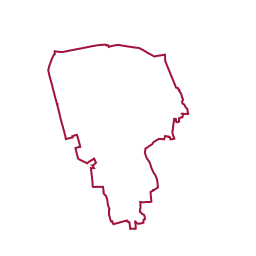 Vladaia, Mehedinti, Romania, rotated 70°
{"feature_id": "2599482B98574489737850", "entity_name": "Vladaia", "entity_type": "district", "adm_level": 2, "iso_a3": "ROU", "parent_name": "Romania", "parent_adm1": "Mehedinti", "projection": "robinson", "projection_center": [23.037, 44.369], "detail": "fine", "context": "isolated", "style": "outline", "palette": "rose", "viewbox_px": 256, "rotation_deg": 70, "n_neighbors": 0, "source": "geoboundaries", "source_scale": "gbopen_adm2", "svg_char_len": 5684}
<svg xmlns="http://www.w3.org/2000/svg" viewBox="0 0 256 256"><g transform="rotate(70 128 128)"><path d="M213.4,174.6L213.5,173.1L213.8,170.3L214.0,166.2L214.2,164.4L214.6,160.6L215.6,160.7L215.8,160.0L216.0,159.8L216.2,159.6L216.7,159.6L216.8,159.1L217.0,158.9L217.7,158.9L220.1,159.6L223.6,160.4L223.7,159.5L224.2,158.0L224.4,157.4L224.6,157.0L225.2,156.2L225.2,155.9L225.2,155.7L225.1,155.1L224.1,154.7L220.3,153.7L218.7,153.4L218.4,153.4L218.3,153.2L219.5,152.6L220.5,152.2L220.8,151.9L221.2,151.5L221.4,151.3L221.5,151.0L221.6,150.4L221.8,149.9L222.0,149.3L222.0,148.4L222.3,145.9L221.1,145.5L219.5,144.7L219.6,143.4L218.8,143.1L217.4,142.7L216.1,142.6L215.3,142.6L214.6,143.0L213.9,144.0L213.4,144.2L212.3,144.6L211.4,144.9L211.1,145.1L211.0,145.4L210.4,145.3L209.5,145.0L208.6,144.6L208.0,143.9L207.5,143.6L206.1,143.1L205.7,143.1L205.1,142.9L204.4,142.5L204.0,142.3L203.0,142.0L201.8,141.9L202.5,140.2L202.8,139.9L203.4,137.9L203.5,137.0L204.3,134.7L204.8,133.5L205.1,132.7L205.4,131.6L205.7,131.4L206.0,131.4L204.7,131.1L201.8,130.3L198.6,129.5L196.0,128.8L195.6,127.4L195.4,126.4L196.2,126.4L194.8,125.8L194.8,125.7L195.2,125.3L195.2,125.1L195.1,124.9L195.0,124.2L194.5,122.0L194.3,121.2L194.1,120.2L193.4,120.1L190.3,119.2L189.0,118.8L185.9,118.4L184.5,118.3L182.7,118.4L181.7,118.4L181.3,118.5L179.7,119.1L177.7,119.3L174.8,119.6L172.4,119.6L168.4,119.4L167.5,119.5L167.1,119.6L165.2,120.0L164.2,120.3L163.7,120.5L162.8,120.7L162.1,120.8L160.4,120.7L156.9,120.6L154.9,119.4L153.5,118.8L153.2,118.5L153.1,118.0L153.0,117.2L152.2,113.8L151.5,110.8L151.1,110.2L150.5,109.6L150.3,109.3L150.0,108.8L149.8,108.4L149.7,107.0L149.3,105.8L149.2,105.3L149.1,104.1L148.8,103.0L148.9,102.6L149.0,102.0L149.9,100.4L150.6,98.7L151.0,98.0L150.0,97.3L149.1,96.3L148.4,95.9L148.2,95.8L148.4,95.4L149.4,93.9L149.6,93.7L149.9,92.8L150.4,92.9L150.8,91.8L153.3,91.9L153.9,88.1L150.7,88.1L149.4,88.1L148.8,88.1L147.0,87.6L146.5,87.4L145.3,86.8L145.3,86.7L142.5,85.3L135.6,81.7L135.2,81.5L135.5,80.7L135.6,80.3L135.6,80.1L135.9,79.9L136.1,79.9L136.5,80.1L137.0,80.2L137.5,80.4L137.8,80.5L139.0,80.5L139.2,80.3L139.3,80.2L139.3,79.8L139.5,78.6L139.5,78.0L139.4,77.7L138.8,77.7L138.3,77.6L137.0,76.7L136.3,76.6L136.4,75.6L136.4,75.2L136.2,74.9L136.3,73.8L136.5,73.7L136.5,73.4L136.4,73.3L136.3,73.2L136.0,72.8L135.8,72.7L135.5,72.4L134.4,72.0L133.3,72.1L133.1,72.2L133.2,71.6L133.4,71.3L133.7,71.2L133.8,71.1L134.0,70.8L134.1,70.5L134.3,69.3L134.5,68.6L134.7,68.1L135.3,67.3L135.5,67.0L135.8,66.8L136.1,66.7L132.5,66.2L131.0,65.8L130.6,65.8L129.9,66.0L128.8,66.6L128.3,66.7L127.7,66.8L125.9,67.0L125.2,67.1L124.9,67.3L123.9,68.3L123.6,68.4L122.1,68.3L121.7,68.2L121.3,67.8L121.1,67.4L120.7,67.0L120.5,66.8L119.2,66.5L118.6,66.5L117.6,66.8L116.3,66.5L115.4,66.4L114.3,66.4L113.5,66.6L113.3,66.5L113.2,66.5L112.4,66.8L111.3,66.7L110.8,67.1L110.6,67.1L110.4,67.1L110.2,67.0L110.0,66.9L109.8,66.8L109.7,66.9L109.8,67.3L109.7,67.5L109.3,67.6L109.1,67.4L108.4,67.2L108.0,67.2L107.4,67.6L107.1,68.2L106.4,69.1L103.4,69.1L81.3,70.0L77.6,70.1L72.7,68.4L71.8,68.2L71.6,68.3L71.6,68.9L71.1,71.4L71.0,72.2L70.7,73.9L70.6,74.0L70.5,74.8L70.0,76.9L70.1,78.2L70.0,78.5L69.8,78.8L68.5,79.9L66.7,81.5L65.6,82.6L64.8,83.1L63.7,84.1L63.5,84.4L62.8,84.9L62.0,85.4L56.6,90.2L54.8,93.9L51.1,100.7L49.6,103.4L46.7,108.5L46.3,109.8L46.0,111.4L45.8,112.8L45.4,114.8L45.3,116.6L45.2,118.4L44.9,118.4L43.5,118.2L43.4,118.3L43.1,119.4L43.0,120.2L42.2,120.4L41.9,120.7L41.7,121.3L41.4,122.5L40.6,125.3L39.8,128.3L39.7,129.1L39.6,130.1L39.4,130.7L38.6,135.3L38.1,139.0L36.6,148.2L36.1,151.3L35.2,157.0L34.9,159.4L34.1,164.0L33.6,165.2L32.3,167.9L31.5,169.4L31.4,169.6L31.3,169.9L30.8,170.6L33.0,171.5L33.6,171.6L33.5,172.1L34.2,172.9L35.1,174.0L36.5,175.4L37.7,176.5L39.4,177.9L40.9,179.1L42.9,180.9L44.5,181.9L45.4,182.4L46.1,183.1L46.6,183.3L47.4,183.3L51.2,183.8L52.3,183.9L52.5,184.0L53.7,184.1L54.4,184.1L59.5,184.5L61.2,184.6L62.9,184.8L64.6,185.0L65.8,185.2L67.6,185.3L71.2,185.6L72.5,185.8L79.9,186.4L80.7,186.5L81.1,186.6L81.5,186.1L81.7,186.3L82.1,186.5L82.4,186.5L82.7,186.7L83.8,186.8L85.0,186.9L85.6,186.9L86.2,186.9L86.7,187.1L87.7,187.1L90.1,187.4L90.9,187.5L91.4,187.6L92.8,187.8L94.0,187.8L94.6,188.0L97.1,188.2L99.1,188.4L100.9,188.6L105.4,188.8L106.3,189.0L108.2,189.1L110.6,189.3L111.8,189.5L113.4,189.6L115.1,189.8L116.1,189.9L116.3,190.1L117.1,190.2L117.9,183.3L116.7,183.2L116.7,181.5L116.8,179.4L117.0,178.3L123.0,178.7L126.5,179.0L129.4,179.3L129.2,180.4L129.0,181.8L129.0,183.1L128.9,183.8L128.9,184.3L131.3,184.5L134.1,184.8L139.3,185.4L139.7,185.4L140.0,185.2L140.9,184.5L141.6,183.9L142.1,183.4L142.6,182.9L143.3,182.2L145.3,180.3L146.7,178.9L147.2,178.4L147.3,178.3L146.9,177.8L146.6,176.9L146.3,176.2L146.2,175.3L146.2,174.9L145.9,174.1L145.8,172.9L145.3,171.0L145.2,170.3L149.7,170.0L150.0,170.9L150.4,171.7L150.5,171.9L151.1,173.4L151.2,173.9L151.1,174.3L151.6,174.0L152.0,173.6L153.2,174.0L153.6,173.8L154.0,173.7L153.8,174.3L153.0,176.6L166.0,179.7L166.3,179.8L167.2,180.0L168.3,180.3L169.1,180.6L169.7,180.9L170.2,181.0L170.6,181.1L171.1,181.0L171.4,181.0L171.6,180.6L172.9,176.7L174.7,171.7L175.1,171.8L175.7,171.9L176.4,172.0L176.9,172.1L177.7,172.2L178.7,172.4L179.1,172.8L179.6,172.7L180.0,172.8L180.8,173.3L182.0,172.9L182.4,172.9L183.5,172.3L184.7,171.8L186.2,171.9L188.6,172.1L189.6,172.3L191.0,172.7L193.8,173.2L196.9,173.2L197.3,173.1L197.6,173.2L197.7,173.3L197.9,173.3L197.9,173.5L198.2,173.6L198.3,173.6L198.5,173.6L199.3,174.2L199.8,174.3L200.1,174.5L200.6,174.5L200.8,174.7L200.9,174.8L203.3,175.5L203.5,175.6L203.8,175.7L204.4,175.6L206.9,175.8L208.1,175.9L210.2,175.8L210.3,175.7L210.5,175.4L210.3,174.8L213.4,174.6Z" fill="none" stroke="#9f1239" stroke-width="2"/></g></svg>